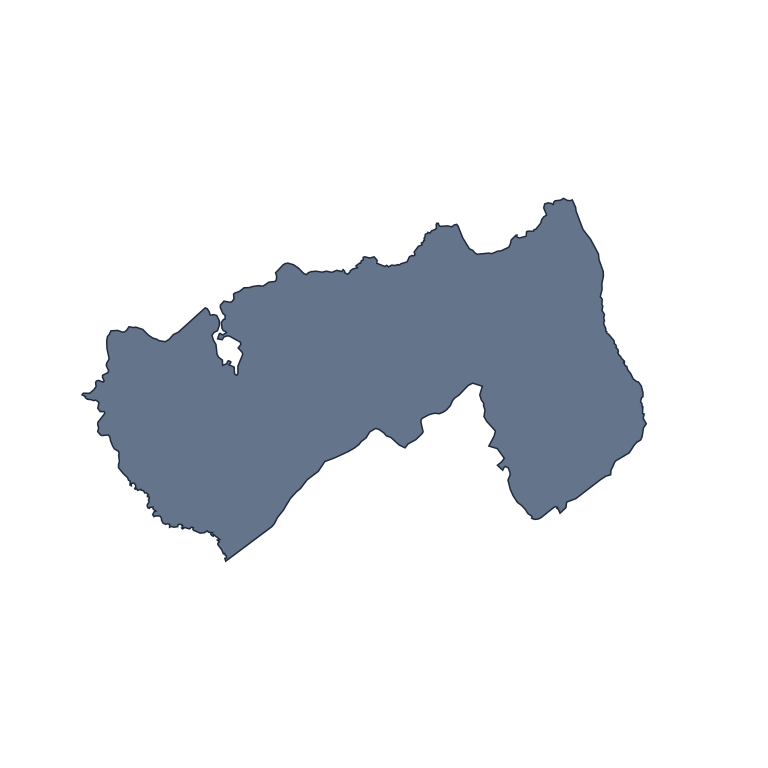 outline of Kaliua, Tabora, United Republic of Tanzania, rotated 51°
{"feature_id": "72390352B29601163251764", "entity_name": "Kaliua", "entity_type": "district", "adm_level": 2, "iso_a3": "TZA", "parent_name": "United Republic of Tanzania", "parent_adm1": "Tabora", "projection": "albers", "projection_center": [31.783, -4.945], "detail": "fine", "context": "isolated", "style": "filled", "palette": "slate", "viewbox_px": 768, "rotation_deg": 51, "n_neighbors": 0, "source": "geoboundaries", "source_scale": "gbopen_adm2", "svg_char_len": 6158}
<svg xmlns="http://www.w3.org/2000/svg" viewBox="0 0 768 768"><g transform="rotate(51 384 384)"><path d="M294.4,241.4L293.4,240.6L292.3,241.8L292.8,243.0L295.8,245.1L296.1,247.0L294.9,250.7L295.6,253.3L293.8,254.4L294.3,255.5L293.6,257.6L295.8,260.0L295.9,261.1L297.8,262.1L297.5,262.8L298.4,264.1L297.9,266.2L299.9,266.8L298.6,270.6L300.4,277.5L303.1,278.6L302.9,280.6L301.7,281.4L301.1,284.2L303.6,289.2L301.2,295.1L301.2,297.1L299.8,298.2L298.9,300.8L296.4,303.2L295.9,306.6L293.4,307.3L293.2,309.3L285.7,313.6L283.5,311.5L279.0,311.6L277.1,315.8L272.9,319.0L272.5,320.6L274.5,322.0L273.9,324.0L275.4,326.2L274.7,326.9L274.5,331.5L276.9,331.5L275.0,335.8L274.8,339.1L275.6,340.0L275.8,343.2L272.7,344.5L271.6,343.6L269.4,343.8L270.0,346.1L265.9,349.2L264.4,354.3L260.0,357.8L258.2,361.7L253.6,365.8L250.9,369.8L249.9,372.7L250.2,375.4L247.7,376.8L240.3,377.5L234.4,379.2L229.6,382.6L228.2,385.1L227.9,387.6L229.4,398.4L232.4,399.4L235.2,402.0L235.8,404.0L232.4,409.4L231.8,416.5L228.7,419.5L225.2,425.3L224.4,427.9L221.1,432.3L221.1,437.9L219.3,443.2L219.5,444.4L223.4,447.0L224.2,449.8L224.0,451.8L218.9,456.2L219.7,461.4L221.6,463.1L227.8,464.9L230.8,464.3L233.6,466.9L232.8,468.1L233.7,471.7L238.8,474.9L241.5,475.3L242.8,474.3L244.9,474.1L244.4,478.5L241.5,479.5L241.4,480.5L244.2,484.9L247.7,482.0L246.8,478.8L247.8,475.8L249.5,474.0L261.2,469.3L263.2,470.5L264.2,474.7L269.8,474.3L272.0,475.0L278.1,486.2L284.1,491.1L284.6,493.0L282.1,493.8L276.6,489.8L271.4,492.4L271.1,489.7L270.2,489.1L268.1,490.1L268.0,491.2L269.2,493.4L268.0,497.7L263.7,494.5L258.9,495.7L255.6,494.9L247.5,489.7L242.4,488.9L237.9,487.0L236.9,483.7L237.8,479.9L234.7,474.9L231.1,472.2L225.5,470.9L222.6,472.9L221.8,475.0L220.8,475.6L218.0,474.4L214.2,474.0L212.3,475.0L214.3,511.3L213.0,516.5L214.1,522.9L213.5,527.3L208.7,531.6L206.4,532.3L202.7,534.8L197.9,536.3L189.8,537.1L183.6,541.1L182.5,543.1L179.0,546.2L180.2,549.7L180.3,552.7L179.1,554.6L174.7,557.3L170.8,562.8L172.6,566.3L173.1,569.1L175.9,572.3L182.3,577.1L190.7,581.3L191.9,582.6L193.3,586.5L194.9,588.2L200.3,589.7L201.4,591.3L200.1,597.2L201.7,598.6L205.6,599.6L205.8,601.0L201.5,603.6L200.7,605.6L201.2,607.0L204.9,609.5L205.9,613.3L205.9,618.7L201.9,623.5L202.4,625.5L205.9,624.0L206.5,624.7L209.1,624.2L212.2,621.2L214.4,620.0L214.6,618.8L215.8,617.9L219.0,617.2L222.7,621.7L226.8,622.0L228.6,619.7L229.8,618.8L230.5,619.1L231.3,620.1L233.7,630.5L235.7,632.3L238.6,633.4L240.8,636.5L245.3,636.4L246.6,635.6L250.2,630.2L253.1,630.6L255.9,632.2L261.0,633.8L264.8,634.4L268.9,632.8L270.9,633.2L272.5,635.1L277.7,638.4L279.3,640.8L282.0,643.0L289.9,643.0L295.4,642.2L298.0,643.1L299.7,642.4L302.7,645.0L304.1,644.4L302.1,643.0L303.9,640.6L306.4,640.8L307.7,641.6L308.3,643.5L309.3,643.5L309.5,642.1L311.6,642.4L312.8,639.3L313.6,639.6L315.6,638.1L318.2,638.5L318.8,637.4L321.2,636.8L321.9,636.8L321.9,638.2L322.7,638.8L323.6,637.8L324.8,637.8L325.7,640.0L327.7,640.6L329.0,644.1L330.5,645.2L331.9,645.4L333.0,644.6L332.7,643.2L334.3,641.0L335.7,642.1L339.2,641.3L338.5,642.8L340.0,646.1L342.3,646.2L343.2,644.0L345.5,641.3L348.0,641.3L349.8,642.6L353.1,643.3L355.7,642.0L356.0,640.7L358.1,638.9L360.4,640.8L360.9,638.9L363.0,637.5L365.1,634.1L364.2,633.6L363.9,631.7L365.8,629.8L367.2,629.6L367.1,630.3L368.8,630.4L368.5,631.9L369.8,631.8L370.2,629.1L374.2,626.4L374.2,623.4L375.7,622.6L376.5,624.0L378.1,623.9L384.2,620.7L386.5,617.2L387.0,613.7L388.8,613.7L391.0,611.3L390.8,612.4L391.9,613.2L394.0,613.0L394.8,612.4L393.4,611.3L401.4,609.5L400.4,611.8L402.9,611.2L403.1,613.1L404.2,614.2L411.0,614.5L414.9,615.7L415.4,614.4L417.0,615.2L418.5,614.7L420.0,616.0L419.3,617.4L422.1,618.5L424.3,560.6L423.5,556.9L420.7,550.8L418.8,541.8L414.1,529.0L412.7,519.9L412.7,514.8L410.1,504.1L410.5,489.9L407.0,478.8L410.3,469.0L414.0,454.4L415.1,447.4L415.3,441.8L414.4,437.7L414.6,431.8L412.3,425.4L413.2,418.6L415.9,416.6L421.8,414.9L425.8,414.8L429.9,412.3L441.0,410.6L446.9,407.8L445.7,403.1L447.3,394.3L446.5,385.5L445.8,383.7L437.4,379.6L435.3,377.9L434.7,376.2L436.1,368.7L437.4,365.4L438.9,362.6L441.9,359.8L443.2,355.4L443.5,351.9L442.6,346.0L440.1,341.3L439.4,337.7L439.8,332.6L438.1,319.6L439.2,314.5L447.6,309.0L452.8,316.5L457.6,318.4L461.9,318.7L463.3,320.2L467.9,322.0L472.2,326.8L477.7,327.7L490.6,327.0L493.7,331.0L498.2,341.6L505.5,336.6L517.4,337.3L518.5,341.2L518.5,347.0L525.7,346.0L524.4,343.3L524.5,341.5L527.4,340.2L532.1,341.8L534.1,343.4L536.7,348.1L545.1,352.1L552.2,354.0L559.9,354.8L565.0,353.5L570.6,353.1L575.1,353.7L579.6,352.4L580.9,352.9L581.3,353.8L584.0,352.2L586.1,348.9L586.7,345.8L586.8,329.3L587.4,327.8L589.1,326.8L589.4,327.9L591.2,327.4L595.2,328.5L594.6,320.4L591.0,316.7L590.9,315.8L593.8,307.1L594.6,276.0L595.3,269.4L597.2,265.0L594.0,262.0L589.5,252.9L591.8,236.6L588.9,227.7L588.4,224.3L589.0,219.7L587.4,216.6L581.3,209.8L580.0,205.2L573.6,204.1L571.2,200.7L569.5,201.6L564.7,197.2L564.3,197.6L561.1,195.7L559.5,196.0L556.8,192.7L556.8,190.7L553.6,188.1L547.4,185.3L542.6,185.0L540.8,186.2L536.8,187.1L531.4,185.8L526.1,185.6L523.3,184.3L521.7,185.0L519.1,184.5L518.8,183.8L518.1,184.2L517.6,182.8L513.1,183.3L511.2,182.7L510.3,183.2L506.6,182.6L506.5,181.6L504.5,180.5L501.7,180.8L501.2,179.8L499.1,179.2L497.6,179.6L495.1,178.0L486.9,178.1L484.8,178.7L483.9,178.7L483.4,177.9L482.2,178.2L480.4,176.7L476.1,175.6L473.8,173.9L473.7,172.9L471.1,171.8L468.7,168.9L464.1,168.3L461.3,165.1L459.4,164.6L455.3,161.0L452.3,161.0L447.7,155.0L442.9,151.3L438.2,145.5L434.5,142.8L422.6,138.6L417.9,135.5L401.8,132.4L389.2,132.1L370.7,126.0L367.3,123.9L359.4,121.8L358.7,123.9L356.7,126.0L352.7,127.6L352.2,131.1L349.3,135.7L349.5,137.7L350.9,139.2L350.8,139.9L349.1,140.2L346.4,142.6L345.2,145.8L347.7,149.1L355.1,151.3L354.6,154.8L355.4,157.9L357.6,160.9L359.3,168.7L358.5,170.1L359.3,171.7L355.7,176.1L355.4,177.4L358.5,180.4L358.3,181.2L355.6,187.1L353.0,188.2L352.0,186.9L351.4,187.8L352.1,194.5L354.7,197.7L356.2,200.9L354.1,209.5L352.3,212.0L350.6,218.1L348.2,220.2L341.8,230.0L339.1,230.9L336.0,230.9L332.7,232.5L320.2,230.9L307.6,227.0L305.6,227.1L304.5,229.7L304.5,232.4L301.1,235.1L296.9,241.1L294.4,241.4Z" fill="#64748b" stroke="#1e293b" stroke-width="1.5"/></g></svg>